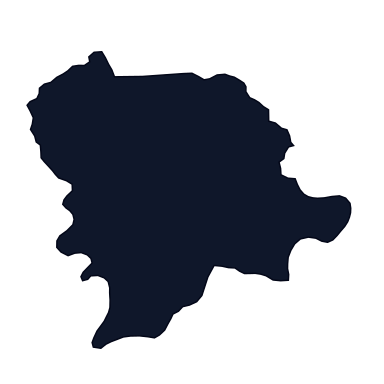 Capinzal, Santa Catarina, Brazil (Mercator projection), rotated 265°
{"feature_id": "56859067B60775282923797", "entity_name": "Capinzal", "entity_type": "district", "adm_level": 2, "iso_a3": "BRA", "parent_name": "Brazil", "parent_adm1": "Santa Catarina", "projection": "mercator", "projection_center": [-51.641, -27.424], "detail": "fine", "context": "isolated", "style": "filled", "palette": "ink", "viewbox_px": 384, "rotation_deg": 265, "n_neighbors": 0, "source": "geoboundaries", "source_scale": "gbopen_adm2", "svg_char_len": 2193}
<svg xmlns="http://www.w3.org/2000/svg" viewBox="0 0 384 384"><g transform="rotate(265 192 192)"><path d="M255.4,41.2L252.0,45.0L245.2,45.0L239.2,44.7L235.2,47.4L230.7,50.9L225.3,55.0L221.5,57.4L217.6,60.4L214.2,67.9L210.2,73.3L203.7,73.0L199.0,67.1L195.3,63.8L191.0,62.2L187.1,65.1L184.1,68.6L180.1,71.4L175.0,72.2L169.8,70.5L164.3,64.0L159.9,56.6L155.1,53.2L148.6,52.5L143.6,56.3L139.4,63.0L141.3,69.9L141.3,76.4L138.5,82.2L134.6,85.6L129.9,86.3L126.2,82.0L121.5,76.6L117.3,74.0L113.2,75.3L114.1,80.5L117.3,83.8L117.1,91.0L114.1,97.1L110.1,100.7L103.7,101.7L98.7,101.2L91.4,101.0L84.1,100.2L79.2,98.4L75.2,95.9L70.9,93.3L67.0,89.9L61.8,85.3L55.2,81.5L50.7,79.4L46.1,80.2L44.3,87.6L47.9,93.0L50.0,98.4L51.8,104.8L53.6,111.0L53.9,118.1L53.3,127.1L51.7,135.3L50.0,141.9L52.4,147.1L56.8,152.7L62.9,156.6L67.7,159.9L72.1,162.4L74.4,168.1L78.6,172.7L79.6,179.6L82.3,187.1L88.0,192.8L106.0,200.4L116.9,207.6L115.5,215.4L113.5,221.8L112.6,228.2L109.0,232.5L106.2,237.2L105.8,243.0L105.5,247.9L104.2,253.3L102.1,258.5L97.3,265.1L95.9,272.6L95.7,280.3L101.4,281.1L107.3,280.5L112.1,281.0L118.6,282.1L125.3,285.4L131.4,289.8L135.8,295.9L136.9,304.0L135.2,311.4L131.7,317.0L130.1,322.7L132.0,328.1L136.0,332.7L139.9,336.5L144.5,341.2L148.8,344.5L153.1,346.6L157.4,348.1L162.0,348.7L167.0,348.4L172.5,344.5L175.3,338.6L175.3,330.9L174.6,323.2L174.8,316.5L175.6,311.9L177.2,307.3L180.1,303.2L184.8,299.8L190.3,297.6L196.2,295.9L197.4,288.7L201.4,282.1L207.8,282.3L214.2,281.3L217.3,286.4L222.6,287.7L228.5,292.1L229.4,297.2L232.9,294.7L239.4,294.1L245.7,292.0L247.7,286.7L253.4,281.1L255.9,274.6L260.2,274.9L267.2,275.4L270.9,270.5L275.4,266.4L278.4,262.3L280.9,257.7L287.3,254.4L292.1,254.9L296.0,253.1L299.3,248.9L302.7,244.1L304.3,239.5L306.4,235.1L306.4,227.2L303.2,219.5L302.7,213.8L306.4,208.6L310.3,202.3L310.7,193.8L311.4,152.7L313.5,124.8L320.6,122.8L326.5,120.0L333.3,117.4L339.6,114.3L339.7,106.6L335.6,101.0L330.6,101.5L327.4,95.8L328.0,90.2L327.6,84.0L323.5,78.9L320.8,74.0L318.0,67.3L313.5,61.0L312.3,54.3L308.7,49.1L303.4,48.4L298.6,45.6L296.1,38.6L292.8,35.3L287.0,37.8L279.8,40.4L273.4,38.8L268.4,36.6L261.5,40.2L255.4,41.2Z" fill="#0f172a" stroke="#020617" stroke-width="1.5"/></g></svg>